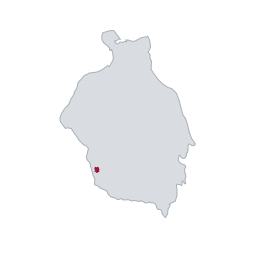 Desesti, Maramures, Romania shown in context, rotated 245°
{"feature_id": "2599482B12376527067201", "entity_name": "Desesti", "entity_type": "district", "adm_level": 2, "iso_a3": "ROU", "parent_name": "Romania", "parent_adm1": "Maramures", "projection": "robinson", "projection_center": [23.796, 47.753], "detail": "fine", "context": "in_parent", "style": "filled", "palette": "rose", "viewbox_px": 256, "rotation_deg": 245, "n_neighbors": 0, "source": "geoboundaries", "source_scale": "gbopen_adm2", "svg_char_len": 4267}
<svg xmlns="http://www.w3.org/2000/svg" viewBox="0 0 256 256"><g transform="rotate(245 128 128)"><path d="M194.2,140.9L196.4,143.5L199.2,144.9L205.6,146.4L206.2,146.2L206.2,145.9L205.8,145.5L205.7,145.0L206.0,144.4L206.9,144.4L208.3,145.0L211.0,144.2L215.0,142.1L218.7,141.7L222.1,142.9L223.9,144.3L225.0,145.7L224.7,147.4L224.5,148.5L223.8,152.8L223.2,154.5L222.3,156.3L211.8,158.5L212.5,157.5L212.2,155.6L211.7,154.2L212.7,152.9L210.3,152.5L209.3,153.2L208.5,154.4L209.3,157.2L208.2,158.7L207.8,159.6L207.7,161.6L207.1,162.5L207.0,163.5L208.6,163.2L207.9,165.0L204.9,168.4L203.8,170.4L204.2,178.4L202.9,183.2L202.9,184.6L199.5,184.7L198.5,184.6L195.3,183.8L191.7,182.6L189.6,180.1L188.2,178.3L185.2,179.1L184.6,178.9L183.8,178.1L181.5,177.5L178.7,177.5L172.4,174.3L171.6,173.7L166.7,174.3L159.3,175.8L153.7,177.8L147.9,181.3L145.5,184.0L142.8,185.4L138.9,186.5L131.9,186.1L124.6,184.7L116.8,183.3L112.5,184.1L106.8,183.5L98.2,181.8L91.8,181.2L85.4,182.3L84.4,181.5L84.2,180.6L84.4,179.3L85.3,178.3L86.8,177.6L87.6,176.8L87.7,176.0L86.0,174.7L82.5,173.0L81.1,171.9L80.7,171.6L80.6,170.6L79.9,169.9L78.5,169.3L77.5,168.3L76.7,166.8L76.9,165.4L78.0,164.1L79.3,163.6L81.0,163.7L81.7,163.4L81.4,162.4L79.8,161.3L76.8,159.9L73.8,160.6L70.7,163.6L68.5,164.1L67.1,162.1L64.7,160.9L61.2,160.5L59.1,159.7L58.3,158.6L56.8,157.7L53.4,156.8L53.4,155.9L53.9,155.6L55.1,155.6L56.7,155.4L57.0,154.9L57.0,154.4L55.8,153.8L54.5,153.4L53.8,153.0L53.4,152.5L53.3,152.1L53.7,151.8L54.2,151.7L54.7,151.5L55.0,150.4L55.7,149.5L56.2,149.2L56.2,148.6L55.7,147.9L55.0,147.4L54.0,147.1L50.8,146.2L49.2,144.9L48.2,144.9L46.7,144.2L45.0,143.0L43.6,141.5L42.0,140.4L41.6,140.0L41.6,139.6L41.9,139.2L41.9,138.7L41.5,137.2L41.8,135.5L41.7,134.0L41.7,133.3L41.4,133.1L41.2,133.3L40.8,133.6L40.4,133.7L39.2,132.5L37.8,130.3L36.8,129.5L34.9,128.4L33.3,127.6L32.2,125.7L31.0,124.2L31.8,123.6L36.4,122.7L38.6,123.6L39.6,123.2L40.5,122.6L41.0,122.0L41.2,121.4L41.6,120.7L43.2,120.4L47.3,120.8L49.0,119.8L49.6,119.2L50.0,118.0L50.5,117.0L52.0,116.5L52.0,115.6L51.8,114.6L52.6,112.4L53.2,111.5L54.0,111.2L55.0,110.5L56.8,109.1L56.4,107.8L56.8,106.9L58.6,104.7L60.0,102.5L60.0,101.4L60.2,100.5L61.5,99.4L62.8,98.1L64.5,93.9L65.1,93.1L66.3,92.3L67.1,91.5L67.2,88.8L68.0,88.0L69.5,87.1L71.0,85.6L72.2,83.9L73.2,83.1L74.4,82.9L75.7,82.2L77.2,82.0L78.7,82.3L79.6,82.1L81.0,81.3L84.5,78.2L85.0,77.6L85.8,77.1L88.6,76.0L89.4,75.0L90.4,74.0L91.6,74.1L95.8,76.5L100.2,76.3L101.0,76.4L101.3,76.5L101.8,76.7L107.8,77.8L108.7,77.7L108.9,77.6L111.3,78.6L113.4,78.5L115.4,77.8L117.5,77.6L119.4,78.0L120.9,79.3L124.7,82.3L125.8,83.4L127.5,83.2L129.4,82.7L131.4,80.7L137.3,78.5L141.8,77.9L146.3,77.0L151.4,76.4L152.8,74.6L153.7,73.3L154.2,71.0L157.0,70.4L159.6,69.9L160.5,69.6L162.4,69.5L163.9,69.7L166.2,70.9L167.8,72.3L168.5,73.4L169.9,75.0L171.4,77.2L173.0,80.2L173.4,81.7L174.0,83.4L175.3,85.4L177.6,87.5L177.9,88.0L179.0,89.5L181.0,92.9L182.7,94.3L184.2,95.8L184.9,97.3L186.0,98.7L188.5,100.5L190.5,102.1L192.2,106.9L193.4,109.0L194.1,110.7L193.8,114.1L194.3,115.5L193.5,118.1L191.9,123.4L191.6,127.6L192.0,129.9L192.0,131.4L192.4,132.3L192.9,134.2L193.0,135.9L192.5,136.4L191.6,136.8L191.3,137.1L192.1,137.9L193.2,139.3L194.2,140.9Z" fill="#d9dde1" stroke="#a8b0b8" stroke-width="1"/><path d="M104.7,83.9L104.8,83.8L104.7,83.7L104.8,83.7L104.9,83.4L104.8,83.2L104.7,83.2L104.6,82.9L104.6,82.7L104.8,82.6L105.0,82.4L105.1,82.2L105.2,81.9L105.3,81.9L105.4,82.0L105.5,82.0L105.6,81.9L105.8,81.8L105.8,81.7L105.7,81.6L105.5,81.4L105.3,81.4L105.2,81.3L104.9,81.2L105.0,81.1L104.8,81.0L104.7,81.0L104.4,81.0L104.3,80.9L104.2,80.9L104.1,81.0L103.9,81.1L103.7,81.3L103.4,81.4L103.2,81.4L103.3,81.4L103.2,81.3L103.2,81.2L103.0,80.9L103.0,81.0L102.9,81.0L102.8,81.3L102.7,81.4L102.7,81.5L102.6,81.4L102.4,81.4L102.2,81.3L101.9,81.3L101.8,81.2L101.7,81.2L101.8,81.1L101.7,81.0L101.4,81.1L101.2,81.1L101.2,81.3L101.3,81.3L101.4,81.5L101.5,81.5L101.4,81.7L101.4,81.8L101.5,82.0L101.6,82.3L101.6,82.5L101.8,82.6L101.7,82.7L101.8,82.7L101.8,82.8L101.7,82.9L101.7,83.0L101.8,83.0L102.0,83.1L102.2,83.3L102.3,83.4L102.4,83.5L102.5,83.7L102.8,83.8L103.0,83.8L103.1,83.7L103.2,83.8L103.3,83.8L103.5,83.9L103.8,83.8L104.0,84.0L104.3,84.0L104.4,83.9L104.5,83.9L104.7,83.9Z" fill="#f43f5e" stroke="#9f1239" stroke-width="1.5"/></g></svg>